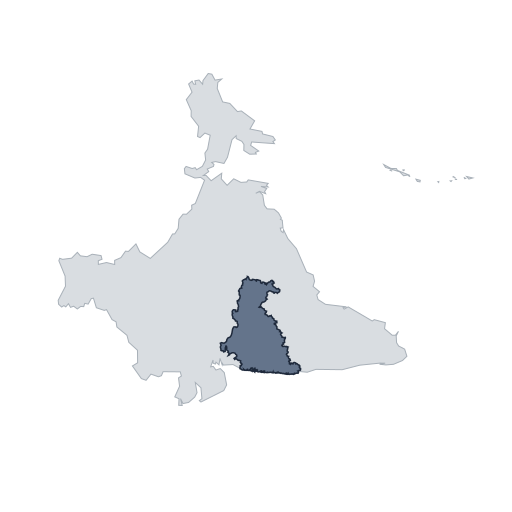 location of Maharashtra within India, rotated 285°
{"feature_id": "IND-2447", "entity_name": "Maharashtra", "entity_type": "State", "adm_level": 1, "iso_a3": "IND", "parent_name": "India", "parent_adm1": "", "projection": "robinson", "projection_center": [76.089, 18.818], "detail": "fine", "context": "in_parent", "style": "filled", "palette": "slate", "viewbox_px": 512, "rotation_deg": 285, "n_neighbors": 0, "source": "natural_earth", "source_scale": "10m", "svg_char_len": 9780}
<svg xmlns="http://www.w3.org/2000/svg" viewBox="0 0 512 512"><g transform="rotate(285 256 256)"><path d="M91.8,220.0L98.2,218.6L98.9,214.0L110.4,215.9L118.2,212.7L120.8,215.0L124.5,212.8L120.2,196.2L115.9,195.6L114.1,193.0L114.7,185.1L107.5,182.0L107.9,177.0L117.8,165.1L122.2,169.3L134.3,165.9L139.7,155.5L146.0,151.9L151.4,140.0L156.2,137.9L157.3,133.4L165.5,125.5L164.2,123.5L164.7,115.2L173.2,109.9L172.2,107.9L166.1,106.3L165.9,102.8L162.5,102.7L161.9,99.7L158.6,97.1L160.3,92.9L158.4,90.1L161.4,87.2L157.6,85.4L158.4,83.3L156.4,81.5L158.3,77.8L162.0,76.4L177.5,79.8L187.2,76.8L200.4,66.8L203.0,67.0L202.7,70.0L206.2,78.5L213.3,82.5L210.7,86.3L211.6,93.0L215.3,97.3L216.3,106.2L213.0,108.1L210.6,104.9L207.1,105.9L211.0,113.3L211.2,121.7L215.2,120.6L219.5,126.0L226.9,128.7L227.4,131.6L236.6,136.9L229.9,142.7L226.3,154.5L246.4,167.2L255.7,169.7L256.3,171.8L262.6,173.7L271.6,172.1L277.5,174.7L278.4,178.1L284.7,181.9L288.4,180.7L291.0,183.8L315.9,186.7L317.6,182.2L315.5,176.8L317.0,166.1L321.8,164.2L324.4,165.3L324.0,171.7L325.6,174.4L324.0,176.3L328.7,181.0L335.7,182.5L342.2,180.0L346.7,181.6L360.8,180.5L361.5,174.8L355.9,171.3L356.3,168.6L366.5,167.0L374.0,157.2L379.6,155.8L389.0,148.2L397.7,151.8L404.7,146.4L408.4,149.0L405.9,151.2L406.2,153.3L409.4,151.6L411.2,155.4L408.1,160.0L411.7,159.4L419.9,162.6L420.2,166.3L415.3,170.9L418.1,177.1L413.8,174.2L407.8,175.2L396.2,183.9L396.6,191.2L390.7,200.7L392.3,204.3L386.2,219.7L377.1,217.3L377.9,229.5L375.6,230.8L375.8,241.4L373.1,244.6L370.9,242.7L369.3,244.7L365.0,222.3L361.4,222.2L358.1,231.5L355.9,228.6L354.6,229.9L352.7,223.6L354.8,216.9L360.6,215.5L363.1,212.7L364.3,206.5L367.0,205.7L362.2,202.7L344.0,202.9L337.1,201.1L336.7,192.5L334.9,189.0L333.6,191.7L331.5,191.7L327.4,186.4L325.3,188.5L320.1,184.3L320.9,186.9L317.1,193.2L327.1,201.5L321.5,202.5L316.8,209.8L324.8,214.5L323.2,222.4L325.1,227.9L327.5,228.8L329.3,249.0L327.0,247.8L325.8,249.9L324.5,242.8L324.0,248.9L320.5,247.6L318.7,249.2L319.4,242.6L316.5,239.5L319.0,242.8L316.7,246.7L307.1,251.0L304.4,254.5L305.9,261.5L303.4,266.6L299.2,270.7L297.7,270.1L297.4,272.1L290.1,274.8L289.2,272.2L286.3,274.0L285.6,276.1L288.6,275.7L281.0,282.3L273.5,293.2L253.6,309.0L252.5,316.1L246.8,319.1L241.4,319.0L237.9,326.6L234.1,324.8L230.0,327.2L227.3,335.6L230.3,356.5L228.6,353.5L227.5,354.9L230.7,358.2L223.3,385.1L225.1,386.7L225.1,398.2L219.0,399.0L214.7,408.1L215.6,411.2L220.1,413.1L215.1,412.1L208.7,414.2L206.0,417.0L204.5,423.7L198.2,427.7L193.0,424.6L187.0,416.9L184.4,409.6L183.4,403.4L185.9,408.5L184.6,403.4L177.4,384.5L168.5,368.7L162.0,343.2L157.0,335.6L155.7,327.9L154.0,327.3L150.1,317.4L144.9,288.6L146.4,283.7L146.0,281.9L144.4,284.3L144.1,282.9L144.2,280.0L146.2,280.3L143.9,279.2L142.6,273.0L145.2,261.9L142.2,252.7L143.5,251.4L142.1,251.5L147.8,247.7L141.3,248.4L143.1,244.8L141.1,244.7L141.4,242.3L144.4,241.4L137.2,240.9L138.3,243.3L135.5,246.8L138.0,250.6L135.2,255.5L123.9,261.0L117.7,259.7L100.7,240.6L101.6,238.7L104.2,240.7L114.5,236.9L118.1,230.1L108.7,234.4L103.8,233.3L97.1,228.8L94.6,223.7L98.7,220.0L92.5,223.4L91.8,220.0ZM373.9,382.2L371.7,377.8L374.5,373.1L375.1,358.2L377.4,355.7L375.5,363.7L376.8,369.0L375.3,370.4L373.9,382.2ZM387.3,438.8L387.5,445.2L385.4,441.7L387.3,438.8ZM371.6,395.1L370.0,395.2L369.8,392.5L371.6,390.6L371.6,395.1ZM382.0,428.5L381.9,430.4L381.6,428.7L382.0,428.5ZM383.8,425.9L383.2,428.4L383.4,425.8L383.8,425.9ZM385.8,436.5L385.2,438.5L384.7,437.7L385.8,436.5ZM375.3,413.3L374.3,413.4L374.8,412.4L375.3,413.3ZM373.5,383.2L372.5,384.2L373.0,382.6L373.5,383.2ZM377.2,375.6L377.7,377.4L376.5,376.1L377.2,375.6ZM379.3,425.5L378.4,425.1L378.8,424.2L379.3,425.5ZM373.7,363.6L373.2,365.6L373.5,363.4L373.7,363.6Z" fill="#d9dde1" stroke="#a8b0b8" stroke-width="1"/><path d="M154.2,327.1L153.6,326.9L153.6,326.2L153.1,325.0L151.8,323.5L151.8,323.2L152.1,323.1L151.3,322.7L151.5,321.3L151.8,320.9L151.4,321.2L151.3,321.9L151.2,320.6L150.9,320.5L150.5,318.7L150.3,318.6L150.6,318.1L150.1,317.7L149.7,316.5L149.7,316.0L150.1,316.5L150.5,316.6L150.2,316.3L150.4,316.1L150.0,316.0L149.8,315.5L150.5,315.4L150.3,315.1L149.9,315.3L149.8,314.9L149.9,314.3L149.5,313.7L149.7,312.7L149.3,311.9L149.5,310.5L149.1,310.2L149.1,309.8L149.3,309.8L149.4,309.2L148.9,307.4L148.4,306.2L149.1,306.5L148.2,305.1L148.3,304.0L147.7,302.9L148.5,302.5L147.8,302.4L147.6,302.0L147.5,301.2L147.7,300.6L146.5,297.7L146.7,297.2L146.3,296.9L146.8,296.2L146.4,296.6L146.1,296.2L145.9,294.5L145.4,294.1L145.6,293.3L146.0,293.9L146.9,294.1L147.0,294.3L146.8,294.6L147.1,294.1L147.1,293.5L146.2,293.4L145.9,293.0L146.0,292.8L145.3,292.3L145.0,291.3L145.2,290.2L145.7,290.1L146.4,291.2L146.5,290.9L145.8,289.8L145.3,289.7L144.6,288.1L144.8,286.6L145.3,286.6L145.5,286.2L146.2,287.5L146.2,286.8L146.5,286.4L146.1,286.1L146.1,285.6L145.7,285.8L145.1,285.3L145.3,284.9L145.5,285.1L145.6,284.6L146.2,284.4L145.8,284.3L146.9,284.0L147.0,283.7L146.2,283.9L146.2,283.0L146.0,282.7L146.0,281.8L145.6,282.4L145.6,283.5L145.1,284.0L145.0,283.6L144.8,283.8L144.3,285.2L144.1,285.1L144.1,284.5L143.7,284.6L144.1,283.9L144.1,283.4L144.2,283.5L144.3,283.2L144.1,283.1L144.3,281.7L143.8,281.8L144.4,280.6L143.8,281.2L143.9,279.8L146.0,280.1L146.6,281.2L146.9,281.1L146.2,280.0L145.2,279.9L144.5,279.3L144.1,279.6L143.6,278.9L143.5,277.6L145.0,276.9L144.0,277.0L143.4,276.3L143.3,276.7L143.6,277.1L143.2,276.9L142.8,274.4L143.0,274.7L143.1,274.1L143.3,273.7L142.7,274.1L142.7,273.4L142.4,272.7L142.5,271.4L143.0,270.6L143.0,269.8L143.8,269.4L144.9,269.4L145.8,269.1L146.3,270.2L146.8,270.0L147.1,270.2L147.6,270.0L148.0,270.4L148.3,269.9L148.3,269.3L149.0,269.1L149.3,268.3L150.7,268.4L150.9,267.2L150.8,266.2L150.5,265.9L151.6,263.7L151.1,262.5L150.6,262.2L151.4,261.3L153.1,262.7L153.6,263.3L154.4,263.4L155.5,262.8L155.7,261.9L156.7,260.9L156.7,259.1L156.3,257.9L154.5,256.0L153.7,256.0L152.8,255.0L154.4,255.4L155.2,254.9L155.7,253.8L156.0,254.1L156.9,253.8L157.4,252.4L158.3,251.5L159.1,251.7L160.6,251.2L161.3,250.5L161.1,250.1L160.1,250.4L159.5,250.1L155.8,250.9L155.0,249.6L155.7,249.2L156.0,248.6L155.6,247.9L155.7,246.6L157.2,246.1L158.6,245.2L159.4,245.1L160.7,245.4L162.5,244.1L163.4,245.1L163.4,247.0L163.7,248.0L164.8,248.9L165.9,249.6L167.7,249.5L169.4,250.0L170.0,250.6L170.9,251.9L172.8,252.6L175.3,252.7L179.3,252.3L181.6,252.8L182.1,253.9L182.3,255.1L181.9,255.3L181.9,255.6L182.6,256.4L183.9,256.6L185.3,256.3L186.3,255.2L187.8,254.9L188.1,254.3L187.9,253.0L188.9,252.3L189.5,251.3L189.9,249.7L191.1,249.5L192.4,248.5L193.4,248.1L194.1,248.0L194.5,248.4L195.8,247.4L197.4,247.5L198.3,248.3L198.6,250.4L197.0,250.6L197.0,251.0L197.7,252.4L198.0,252.1L198.5,252.5L199.3,252.3L200.1,252.6L201.1,252.0L202.4,252.3L204.4,251.5L205.6,250.3L207.0,249.9L207.6,249.4L208.1,249.6L208.3,250.9L209.1,250.6L210.6,251.3L212.5,251.2L213.9,250.8L214.0,250.6L213.9,250.1L214.3,249.8L217.3,249.0L217.5,248.3L217.8,248.2L220.4,248.9L220.9,249.4L221.3,250.5L222.3,249.9L223.5,249.8L224.1,250.0L224.5,250.6L225.8,250.2L226.3,250.4L227.1,250.1L228.3,249.2L229.7,250.0L230.1,250.7L230.8,251.3L231.0,251.7L230.8,252.4L231.7,252.3L233.4,253.3L234.0,253.0L234.0,253.6L233.5,254.3L231.5,255.7L231.2,257.3L231.5,258.4L232.3,258.4L232.6,258.8L232.8,261.8L232.1,262.3L231.9,262.9L232.2,263.0L232.8,262.7L233.3,262.8L233.5,264.0L233.3,264.7L233.4,266.5L232.4,267.2L231.4,267.4L231.2,267.7L231.1,268.8L232.4,269.0L232.7,270.1L232.4,271.8L231.4,271.7L231.2,272.2L231.9,272.7L231.0,273.5L231.8,273.8L232.1,273.3L232.5,273.3L232.9,274.3L234.0,274.9L234.4,276.1L236.0,276.8L236.6,277.6L236.6,278.0L236.3,278.4L235.6,278.6L235.9,279.5L234.6,280.5L234.2,279.7L233.4,279.7L233.0,278.8L231.0,280.6L230.6,282.4L229.5,284.2L229.7,285.0L230.4,286.2L229.5,287.0L229.5,287.7L228.4,288.0L227.5,287.9L226.4,286.8L225.5,286.2L226.0,285.7L226.0,284.8L225.6,283.2L224.9,283.3L224.8,282.9L225.2,282.1L225.8,281.7L225.6,280.5L225.9,279.8L226.0,278.3L225.5,277.5L224.8,277.2L224.0,276.1L223.3,276.0L222.2,276.4L221.5,277.2L221.1,276.9L219.6,276.9L218.9,276.3L218.0,276.2L217.2,277.9L216.0,276.9L215.1,276.8L214.2,276.1L213.5,275.4L213.1,274.2L212.4,273.7L211.6,273.7L210.5,273.2L209.6,273.1L209.0,273.4L208.2,273.1L207.9,272.5L207.3,272.2L207.3,272.9L208.1,274.5L207.3,275.5L207.0,276.4L207.0,277.6L205.9,278.1L205.5,279.0L205.4,280.5L204.1,280.4L203.4,279.7L202.5,279.6L202.0,280.0L202.3,280.4L201.9,280.9L201.7,282.3L200.7,283.3L200.9,284.1L201.7,284.6L201.7,285.1L202.5,286.1L201.7,286.4L201.0,287.8L200.2,288.0L200.0,289.5L199.0,289.8L198.5,290.4L198.3,291.5L197.9,292.1L198.4,292.5L198.4,293.0L197.9,293.0L197.1,293.4L197.0,292.9L196.1,292.5L195.8,291.2L195.1,291.1L194.7,291.8L194.7,292.9L193.4,293.8L193.1,294.5L191.0,295.0L190.5,298.4L190.3,298.6L189.1,298.4L189.3,299.4L188.7,299.8L188.4,301.0L187.4,300.1L186.6,300.0L185.1,301.9L184.2,302.2L184.5,303.5L184.3,304.0L185.0,305.3L184.6,305.6L183.6,305.5L183.1,305.1L182.4,305.4L181.9,305.2L179.9,306.0L179.5,305.6L179.2,304.8L178.9,305.0L178.7,304.8L178.0,305.3L177.7,304.8L176.9,304.7L176.7,304.1L176.2,304.1L175.5,305.1L175.9,306.4L176.3,307.1L176.1,308.2L176.6,309.1L176.3,309.6L176.5,310.1L176.4,310.6L175.5,310.1L174.6,310.7L173.4,310.5L172.1,310.8L171.9,311.6L171.1,312.0L170.5,311.8L169.7,310.9L168.7,310.9L168.3,311.7L167.4,312.1L167.5,313.5L166.8,313.3L165.6,314.0L165.1,314.8L165.4,315.2L165.3,315.4L164.0,316.2L163.7,315.2L162.7,314.9L162.4,315.6L161.7,316.3L161.3,316.0L161.0,316.5L160.5,316.3L160.3,317.0L160.7,316.9L160.9,317.4L161.3,317.4L161.4,317.8L161.8,318.2L161.2,318.5L161.4,319.7L161.9,319.6L162.9,320.1L163.1,320.6L163.0,322.0L162.1,322.5L162.6,322.9L162.6,323.5L161.7,325.2L161.9,325.6L161.3,326.7L160.2,327.0L160.1,326.5L159.9,326.5L158.7,327.7L158.8,328.2L157.5,328.5L157.0,328.3L156.6,327.1L155.8,326.7L155.7,326.3L155.3,326.8L154.2,327.1Z" fill="#64748b" stroke="#1e293b" stroke-width="1.5"/></g></svg>